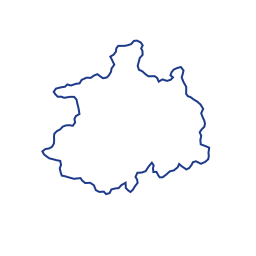 Pedra do Anta, Minas Gerais, Brazil, rotated 45°
{"feature_id": "56859067B84251367202805", "entity_name": "Pedra do Anta", "entity_type": "district", "adm_level": 2, "iso_a3": "BRA", "parent_name": "Brazil", "parent_adm1": "Minas Gerais", "projection": "natural_earth1", "projection_center": [-42.727, -20.595], "detail": "fine", "context": "isolated", "style": "outline", "palette": "blue", "viewbox_px": 256, "rotation_deg": 45, "n_neighbors": 0, "source": "geoboundaries", "source_scale": "gbopen_adm2", "svg_char_len": 2157}
<svg xmlns="http://www.w3.org/2000/svg" viewBox="0 0 256 256"><g transform="rotate(45 128 128)"><path d="M54.3,140.1L54.3,143.3L51.8,146.7L49.2,151.1L49.9,155.0L52.8,155.5L56.2,155.6L58.7,153.0L61.5,151.8L63.2,149.4L65.1,146.8L67.9,144.1L71.5,144.3L74.6,146.4L77.9,148.3L80.9,150.3L83.8,152.5L82.7,156.4L83.8,159.6L86.7,161.5L87.4,165.4L84.3,167.7L82.2,170.2L80.9,173.2L81.0,177.1L79.9,180.6L80.0,184.2L82.0,186.7L84.3,188.7L86.6,191.4L87.6,195.0L86.6,198.4L84.5,201.2L84.0,205.1L87.0,206.0L89.7,205.8L93.8,205.1L97.6,202.8L100.4,201.2L103.3,199.2L106.7,201.4L108.3,204.8L111.8,207.0L114.8,208.5L117.7,206.6L121.8,204.4L125.9,202.0L128.1,199.1L129.9,197.0L132.8,197.6L136.6,197.2L140.0,193.5L144.4,192.6L149.2,194.7L152.9,193.5L155.9,190.1L159.3,190.2L161.0,187.0L159.7,183.2L161.7,179.8L163.9,177.1L163.7,173.2L165.0,168.4L168.9,172.0L172.3,172.0L175.0,171.5L175.1,168.1L174.1,164.2L173.6,160.0L170.9,158.0L167.9,157.3L166.3,153.0L169.3,149.7L171.0,146.0L169.9,141.0L169.4,135.7L172.6,136.3L174.1,138.8L177.1,141.2L179.1,138.9L182.7,140.0L185.2,140.5L187.3,138.5L188.0,133.7L188.2,129.1L190.4,125.6L190.9,120.7L189.6,117.3L193.0,117.1L195.9,116.5L198.5,116.1L199.6,113.0L199.1,109.3L198.1,106.2L199.6,103.5L204.9,101.7L206.5,97.5L206.8,93.4L205.0,90.7L202.5,88.7L199.3,84.5L195.2,86.2L191.0,88.1L187.6,85.3L185.4,81.8L181.7,80.3L181.1,77.0L181.1,73.2L179.4,70.5L176.6,68.8L172.8,67.4L169.3,65.8L167.6,61.3L162.6,60.1L158.2,60.4L154.2,61.4L150.5,61.9L147.8,63.2L144.9,62.7L142.7,60.4L140.0,57.7L134.9,56.3L130.2,54.3L128.5,51.1L126.6,48.1L122.3,47.5L120.4,50.7L119.0,54.4L119.4,57.8L120.7,60.7L124.0,60.4L124.1,63.6L122.3,67.1L118.0,69.3L116.9,73.5L113.3,72.0L110.2,72.5L108.1,74.7L105.9,77.0L102.3,77.6L97.9,77.8L94.5,79.1L90.9,77.2L88.7,73.4L86.8,70.2L86.6,65.9L83.6,63.2L81.0,62.4L80.0,59.2L76.5,58.5L72.5,59.9L70.6,62.2L70.9,66.5L68.9,70.3L67.2,72.7L65.1,74.7L63.0,76.8L63.4,79.9L65.5,82.6L66.0,86.4L65.0,90.0L68.7,91.2L73.5,92.9L74.3,97.6L76.2,100.2L77.2,104.0L77.3,107.3L75.1,110.5L71.9,111.1L68.3,111.6L66.9,114.8L66.2,118.9L63.1,121.7L61.2,126.8L62.2,130.7L59.9,133.6L57.6,138.3L54.3,140.1Z" fill="none" stroke="#1e3a8a" stroke-width="2"/></g></svg>